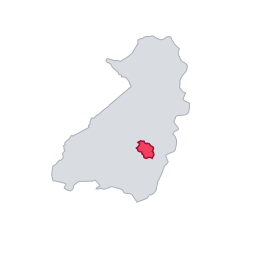 Burkina Faso, with Bam highlighted, rotated 140°
{"feature_id": "BFA-2811", "entity_name": "Bam", "entity_type": "Province", "adm_level": 1, "iso_a3": "BFA", "parent_name": "Burkina Faso", "parent_adm1": "", "projection": "orthographic", "projection_center": [-1.569, 13.448], "detail": "fine", "context": "in_parent", "style": "filled", "palette": "rose", "viewbox_px": 256, "rotation_deg": 140, "n_neighbors": 0, "source": "natural_earth", "source_scale": "10m", "svg_char_len": 3970}
<svg xmlns="http://www.w3.org/2000/svg" viewBox="0 0 256 256"><g transform="rotate(140 128 128)"><path d="M185.2,157.4L179.3,157.7L177.1,158.4L175.8,158.4L175.8,157.8L175.6,157.5L168.1,155.7L162.8,154.7L157.5,153.5L157.2,154.7L156.4,155.4L155.3,155.4L154.5,155.3L154.0,156.1L153.1,157.3L151.8,157.9L150.6,158.6L150.0,159.2L149.5,159.2L148.2,157.7L146.6,157.6L143.6,157.9L142.2,157.5L140.4,157.3L136.0,157.6L128.9,157.0L127.8,157.3L127.5,157.6L120.5,157.6L112.9,157.7L106.5,157.7L100.9,157.8L100.9,157.5L99.1,157.5L98.9,158.0L97.2,163.8L97.1,167.0L97.9,169.0L98.8,170.3L99.9,170.8L100.0,171.5L99.2,172.4L99.2,173.4L100.2,174.3L100.5,175.4L99.9,176.4L100.1,179.0L100.8,183.1L100.8,185.7L100.1,186.9L100.4,189.0L101.8,191.9L102.0,193.1L101.5,193.7L100.4,194.5L99.2,194.4L97.9,192.7L97.3,191.9L96.2,190.1L95.3,188.3L94.0,187.5L92.8,186.7L91.3,184.5L89.8,183.4L88.3,183.7L86.1,183.2L81.6,182.6L76.7,182.7L74.7,183.2L72.7,184.1L67.6,185.8L65.6,186.7L64.1,189.0L62.4,188.9L60.7,188.2L59.6,187.1L57.3,187.3L55.1,186.3L53.0,184.3L51.4,183.6L49.4,182.1L48.9,179.4L47.6,177.4L46.5,174.8L44.7,173.5L42.7,172.9L40.0,173.0L38.2,171.9L36.7,170.3L37.1,168.9L37.8,167.0L37.9,165.2L38.4,162.2L38.2,158.4L37.7,155.8L39.2,154.7L41.0,153.8L42.1,152.0L43.3,148.1L43.8,144.6L43.5,143.3L42.9,142.3L42.5,140.8L42.2,139.0L42.6,137.4L43.9,136.0L45.6,134.8L46.8,134.2L50.0,133.6L53.9,132.8L56.2,131.8L57.9,130.7L58.8,129.9L59.7,128.3L61.3,127.0L62.5,125.7L62.7,122.0L62.7,119.9L61.8,118.8L61.4,117.8L67.2,115.0L67.3,113.0L66.5,110.7L65.4,108.9L65.0,107.3L66.6,105.5L68.0,104.1L69.1,103.0L71.4,101.2L73.8,100.7L75.9,101.4L82.2,105.7L83.3,106.0L84.6,105.7L86.3,104.6L88.5,103.7L89.3,100.9L89.3,96.8L89.8,94.9L90.9,94.5L94.6,95.3L95.5,95.4L96.6,95.1L97.4,94.4L97.3,93.1L97.2,91.9L98.4,88.0L100.6,85.1L105.0,81.5L106.3,80.8L107.9,80.5L115.8,83.0L117.1,82.4L119.0,76.2L121.1,75.6L123.7,75.5L125.3,75.0L126.2,74.5L129.9,72.2L136.5,69.0L140.0,67.6L140.7,67.1L143.2,64.9L146.6,62.3L148.7,61.7L151.6,61.5L153.5,62.0L154.0,62.7L154.6,63.1L158.5,61.9L164.0,63.7L168.8,65.3L168.5,66.4L168.5,68.4L168.1,71.4L167.7,75.1L169.7,77.5L172.1,80.0L172.7,81.0L172.1,83.5L172.5,85.0L173.8,87.4L176.0,90.5L178.2,93.7L179.7,94.1L181.2,94.4L182.0,94.9L183.3,95.5L184.6,95.8L185.7,96.5L186.4,97.2L187.4,99.2L189.9,100.4L191.6,101.7L190.9,102.4L188.8,102.1L186.7,101.6L186.5,102.5L186.4,106.2L186.8,109.2L187.3,109.6L189.3,110.1L194.2,114.0L198.6,117.6L200.1,118.6L202.6,118.9L205.3,119.0L206.5,118.7L209.1,116.8L210.5,116.6L211.8,116.6L212.5,116.9L213.8,118.4L215.0,120.7L215.3,122.4L215.2,123.3L214.8,123.6L212.7,124.1L211.7,124.5L211.5,125.0L211.9,126.1L212.3,126.8L214.7,130.1L218.2,134.6L219.3,135.7L218.7,137.0L217.0,140.6L215.7,142.1L210.0,147.1L207.2,146.5L201.3,147.6L200.4,146.5L199.0,146.4L197.3,146.6L196.6,147.0L196.5,147.5L195.8,148.2L194.8,150.2L193.9,150.7L192.9,151.0L191.6,151.0L190.8,151.3L190.8,152.2L190.6,153.1L189.7,153.5L189.4,154.5L189.5,155.4L188.9,155.8L187.8,155.6L187.2,155.4L186.5,156.6L185.8,157.4L185.2,157.4Z" fill="#d9dde1" stroke="#a8b0b8" stroke-width="1"/><path d="M126.5,109.8L126.2,109.6L125.7,109.1L125.3,108.5L124.4,107.7L124.2,107.6L124.3,107.3L124.6,106.9L124.7,106.4L124.7,105.7L124.5,105.1L124.1,104.4L123.6,104.0L123.0,103.9L122.9,103.5L122.4,103.0L122.0,102.5L121.9,101.9L122.0,99.6L121.1,97.7L121.1,97.2L121.4,96.2L122.2,95.5L123.1,95.0L123.9,94.8L124.5,94.4L124.5,93.8L124.3,93.4L124.1,93.3L125.3,91.0L126.2,90.3L127.1,90.2L129.0,89.2L129.2,89.7L129.5,90.9L130.4,91.8L131.6,92.4L132.8,92.7L133.5,92.9L133.6,93.1L134.4,94.4L134.6,95.2L134.2,96.2L133.8,96.9L133.5,97.2L133.5,97.8L133.9,98.8L133.6,99.8L133.0,100.5L133.4,101.4L134.3,102.4L134.9,103.7L134.8,104.4L134.4,105.1L134.3,105.7L134.4,106.7L134.4,107.3L133.6,107.2L132.6,107.2L131.4,107.4L130.0,107.9L129.3,108.6L129.2,109.4L129.7,110.1L129.7,110.6L128.5,110.5L128.1,110.4L127.7,109.9L127.4,110.0L127.1,110.1L127.1,109.9L127.0,109.7L126.8,109.7L126.5,109.8Z" fill="#f43f5e" stroke="#9f1239" stroke-width="1.5"/></g></svg>